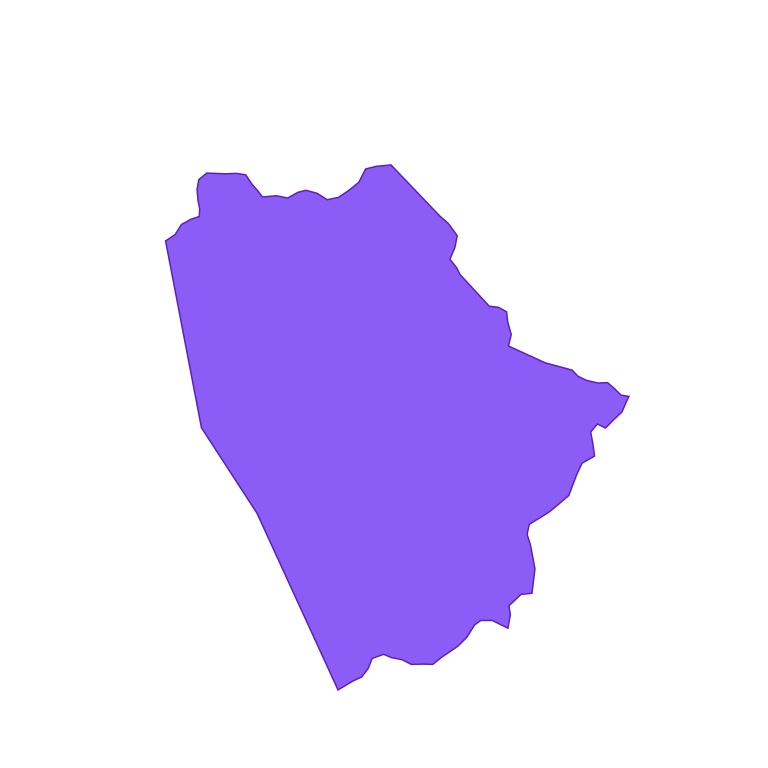 the district of Ibateguara, Alagoas, Brazil, rotated 148°
{"feature_id": "56859067B78855757359523", "entity_name": "Ibateguara", "entity_type": "district", "adm_level": 2, "iso_a3": "BRA", "parent_name": "Brazil", "parent_adm1": "Alagoas", "projection": "orthographic", "projection_center": [-35.915, -8.961], "detail": "fine", "context": "isolated", "style": "filled", "palette": "violet", "viewbox_px": 768, "rotation_deg": 148, "n_neighbors": 0, "source": "geoboundaries", "source_scale": "gbopen_adm2", "svg_char_len": 1311}
<svg xmlns="http://www.w3.org/2000/svg" viewBox="0 0 768 768"><g transform="rotate(148 384 384)"><path d="M539.5,157.5L527.6,155.0L522.5,147.8L515.0,140.9L509.4,131.7L499.8,126.1L491.2,120.4L480.4,121.7L467.7,122.2L460.3,122.5L447.9,125.3L434.8,131.7L427.3,132.2L417.5,126.1L408.3,111.2L399.1,121.4L395.5,129.7L379.3,133.0L369.4,128.1L353.9,147.3L345.1,169.9L342.3,180.7L335.2,188.0L312.4,187.9L304.8,188.8L286.4,191.5L268.9,204.8L258.0,211.9L243.6,211.3L238.2,223.4L234.2,233.7L224.3,237.0L219.5,229.3L207.6,232.1L196.9,234.2L190.1,239.0L182.9,243.7L188.9,249.0L190.9,257.5L193.7,266.7L202.0,271.4L210.4,279.8L215.5,288.0L217.0,295.9L236.2,316.7L258.3,350.2L249.9,358.5L246.1,371.3L241.8,380.3L246.4,388.5L253.5,394.2L261.5,436.4L260.8,444.4L262.0,454.9L251.5,462.2L243.3,471.0L244.4,486.1L247.6,496.6L262.0,566.1L275.5,572.8L285.7,576.1L298.5,568.4L311.5,566.8L323.8,566.4L334.5,570.4L339.7,581.2L347.6,589.7L355.5,592.2L367.1,592.7L375.4,600.6L387.9,607.0L388.7,614.6L390.1,623.9L390.4,634.7L397.5,640.8L407.1,646.3L414.9,651.6L422.5,656.8L432.7,655.5L439.5,648.0L444.6,638.0L447.4,630.4L451.9,623.9L460.1,626.0L471.3,626.6L482.0,621.4L493.4,621.1L562.0,443.6L560.5,358.5L560.2,341.8L585.1,148.9L568.4,148.6L558.1,147.4L548.2,151.1L539.5,157.5Z" fill="#8b5cf6" stroke="#5b21b6" stroke-width="1.5"/></g></svg>